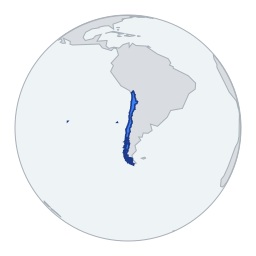 globe centered on Chile
{"feature_id": "CHL", "entity_name": "Chile", "entity_type": "country or territory", "adm_level": 0, "iso_a3": "CHL", "parent_name": "South America", "parent_adm1": "", "projection": "orthographic", "projection_center": [-72.304, -36.699], "detail": "fine", "context": "on_globe", "style": "filled", "palette": "blue", "viewbox_px": 256, "rotation_deg": 0, "n_neighbors": 0, "source": "natural_earth", "source_scale": "50m", "svg_char_len": 8938}
<svg xmlns="http://www.w3.org/2000/svg" viewBox="0 0 256 256"><circle cx="128" cy="128" r="113" fill="#eef3f6" stroke="#a8b0b8"/><path d="M116.9,15.9L118.7,15.8L120.5,15.6L120.2,15.6L129.4,15.4L138.6,15.9L147.7,17.1L143.3,16.5L135.4,15.8L129.6,16.1L137.3,16.0L138.6,16.6L140.5,16.9L142.7,17.1L143.7,17.0L145.0,17.4L137.9,17.3L136.6,17.0L138.9,16.9L135.2,16.7L130.4,17.2L131.4,17.7L123.1,18.7L123.8,19.2L122.3,19.9L121.8,18.9L122.5,20.8L112.9,24.2L113.7,29.2L108.7,25.7L104.3,26.0L99.1,27.1L99.1,27.8L92.1,28.9L85.6,32.3L83.1,37.4L85.3,40.5L93.1,38.6L95.5,35.9L101.3,34.3L97.0,41.2L107.1,40.5L106.0,45.9L108.9,48.4L113.9,47.1L119.2,48.1L123.0,44.6L129.1,42.8L129.2,47.3L132.5,43.2L135.9,45.5L148.0,46.2L147.1,47.1L157.3,54.0L168.2,58.7L170.8,63.0L169.5,65.1L173.2,66.7L173.3,68.3L188.2,75.7L195.6,83.1L195.2,89.1L188.8,93.8L182.4,108.4L170.6,110.5L167.3,117.1L157.5,126.3L150.4,124.1L152.1,130.4L147.9,133.3L143.2,133.0L142.1,137.2L138.6,137.0L140.8,140.1L134.9,145.5L136.3,150.6L131.9,155.4L133.0,158.5L131.4,158.3L129.7,159.4L129.5,161.2L124.8,158.3L123.7,151.4L125.6,148.0L123.5,147.5L127.4,139.2L125.1,140.8L126.0,128.9L129.4,119.6L132.0,95.2L129.6,90.7L121.0,85.9L110.6,71.5L113.4,65.5L111.1,63.1L118.5,55.0L116.6,48.7L113.9,48.0L111.3,50.6L102.4,47.9L99.3,44.0L72.6,45.0L70.0,44.2L70.3,41.4L63.4,38.2L65.5,43.1L62.4,43.3L60.3,42.2L62.0,40.8L61.2,38.8L58.8,39.9L60.0,38.2L67.3,33.1L74.9,28.7L82.8,24.8L91.1,21.6L99.5,19.0L108.1,17.1L116.9,15.9ZM113.0,31.3L124.5,33.6L117.9,34.3L119.2,33.6L116.3,32.6L110.9,32.0L105.1,33.4L113.0,31.3ZM118.3,27.7L116.3,27.6L118.3,27.4L118.3,27.7ZM132.6,164.6L125.2,159.3L129.4,161.6L132.4,159.0L136.2,163.1L132.6,164.6ZM141.4,158.2L144.8,157.2L145.6,158.2L143.4,159.1L141.4,158.2ZM227.7,180.3L225.9,183.7L226.1,182.8L223.9,185.9L222.2,187.0L220.5,186.3L221.2,179.3L223.9,175.9L228.2,166.5L235.3,147.1L237.9,142.2L239.0,136.3L239.3,119.3L239.4,113.9L238.8,109.8L238.0,107.6L236.9,102.7L236.2,100.8L229.2,92.1L225.4,84.4L216.9,67.4L216.9,64.3L214.0,58.8L213.2,54.3L218.2,60.5L222.7,67.0L226.8,73.8L230.3,80.9L233.4,88.2L235.9,95.7L237.9,103.4L239.4,111.2L240.3,119.0L240.6,126.9L240.4,134.9L239.7,142.8L238.4,150.6L236.5,158.3L234.1,165.8L231.2,173.2L227.7,180.3ZM216.4,58.2L217.4,59.6L216.4,58.2ZM148.4,46.1L149.9,47.2L147.9,47.0L148.4,46.1ZM117.0,35.9L119.4,35.8L120.7,36.3L118.8,36.6L117.0,35.9ZM137.7,35.7L140.5,36.3L137.6,36.4L137.7,35.7ZM126.4,34.0L135.4,35.5L129.7,36.5L124.0,35.7L127.9,35.3L126.4,34.0ZM117.1,29.6L118.6,29.7L118.2,30.3L117.1,29.6ZM119.8,27.6L119.2,27.7L118.4,27.3L119.8,27.6ZM139.0,16.6L139.6,16.7L141.9,16.9L140.8,16.9L139.0,16.6ZM151.7,18.1L153.5,18.7L151.5,18.1L150.4,18.1L144.8,17.0L147.8,17.1L147.4,17.2L151.7,18.1ZM138.2,16.0L141.4,16.4L137.8,16.0L138.2,16.0ZM174.6,230.5L172.3,231.5L173.7,230.8L174.6,230.5ZM51.3,209.2L50.9,208.1L54.2,210.8L58.2,214.2L61.2,217.2L51.3,209.2ZM48.5,206.5L45.6,203.7L43.6,202.3L45.0,203.0L43.8,200.7L50.3,207.3L48.5,206.5Z" fill="#d9dde1" stroke="#a8b0b8" stroke-width="1"/><path d="M131.5,92.6L132.4,92.3L132.7,91.9L132.6,91.4L133.2,91.0L133.6,91.9L134.0,92.1L134.2,93.8L135.1,94.7L134.7,95.2L134.9,95.7L134.5,95.9L134.5,96.5L135.0,97.0L134.9,97.5L135.5,98.3L136.0,101.2L137.2,101.2L137.6,101.6L136.9,103.5L135.3,104.1L134.7,104.8L135.0,105.5L134.6,106.1L134.9,107.5L134.5,108.1L135.0,109.1L134.0,109.4L133.4,110.9L132.6,111.8L132.3,113.2L131.9,113.6L132.0,115.1L132.2,115.3L132.0,115.6L131.6,115.6L131.4,116.9L131.0,117.1L130.9,118.0L131.4,118.7L131.2,119.0L131.8,120.6L131.6,121.2L132.1,121.3L132.0,123.2L131.7,123.3L131.1,125.0L130.8,125.2L131.0,125.7L131.0,126.8L130.0,127.7L129.7,128.3L129.8,130.1L130.2,131.6L130.1,132.0L129.4,132.4L129.2,133.7L128.9,133.8L129.0,134.5L128.7,134.8L128.9,135.1L128.5,136.0L128.6,137.7L128.8,138.5L128.3,138.9L128.2,139.5L128.3,140.5L128.8,140.8L128.6,141.0L128.9,142.2L128.7,143.1L129.5,143.2L129.6,143.4L129.5,143.8L128.3,143.8L128.4,144.1L129.0,144.2L129.3,144.7L129.1,145.3L128.8,145.4L128.9,146.1L128.6,146.5L128.8,147.5L128.5,147.8L128.5,148.5L127.9,149.1L127.7,149.8L128.0,150.5L127.6,151.1L127.6,151.6L127.1,152.0L126.9,152.6L126.5,152.6L126.4,153.1L126.5,154.2L126.9,155.3L127.7,155.1L128.0,155.2L128.0,156.4L127.9,156.9L128.4,157.7L130.8,157.8L132.6,158.4L131.7,158.2L131.2,158.7L129.8,159.2L129.5,161.1L129.2,161.3L128.2,160.8L127.9,160.3L128.4,160.1L128.6,160.4L128.5,160.6L128.7,160.1L129.2,159.7L129.3,159.3L129.1,159.2L128.0,159.9L127.7,160.5L127.1,160.1L127.5,159.2L127.8,159.3L128.2,159.0L128.9,158.9L127.5,158.7L127.0,159.8L126.4,159.3L126.9,159.1L127.0,158.7L126.5,159.0L126.0,159.0L125.9,158.5L125.6,158.0L126.2,158.2L126.3,157.9L126.8,158.0L127.4,157.6L127.7,158.1L127.5,158.4L127.7,158.2L127.6,157.7L127.8,157.4L127.7,157.2L126.9,156.7L127.6,157.3L126.5,157.8L126.2,157.4L125.7,157.1L126.0,157.0L126.0,156.3L124.9,156.0L124.5,155.3L125.0,155.2L124.9,154.9L125.1,154.6L125.4,154.9L125.7,155.5L126.1,155.7L126.4,155.2L126.3,154.9L125.9,155.5L125.6,155.1L125.6,154.9L125.9,154.9L125.1,154.3L125.4,153.9L125.9,153.9L125.4,153.5L125.5,153.2L126.0,153.2L125.7,152.8L125.9,152.1L125.6,153.0L125.4,152.8L125.4,151.2L125.8,151.0L125.2,151.0L125.0,150.1L126.6,150.4L126.3,150.1L126.1,149.4L125.8,150.0L125.5,150.0L124.9,149.5L125.0,149.3L125.4,149.5L125.6,149.3L125.1,149.0L125.5,148.5L125.3,147.8L125.0,148.0L124.4,147.7L124.4,147.2L123.6,147.6L123.8,148.1L123.4,147.7L124.4,146.6L124.2,146.0L125.5,145.8L125.5,145.3L125.7,145.1L125.9,145.1L125.7,146.3L125.2,146.7L125.7,146.5L125.8,145.9L126.0,145.9L126.1,146.4L125.8,147.3L126.2,146.0L126.0,145.6L126.0,145.2L126.7,144.9L127.1,145.1L126.4,144.7L126.5,144.5L127.5,143.5L127.5,143.2L126.6,142.7L126.7,142.1L126.9,142.0L127.0,141.6L126.9,141.0L127.3,140.4L127.2,139.7L127.3,139.4L127.5,139.4L127.3,138.9L127.5,138.8L127.8,139.2L127.7,138.4L127.2,138.2L127.9,137.7L128.0,137.4L127.6,137.8L127.0,137.5L126.6,138.0L125.9,137.9L126.1,137.6L125.7,137.3L125.5,136.4L125.9,134.4L126.3,134.1L126.6,133.0L126.1,131.6L126.2,130.6L125.9,130.0L125.9,129.3L126.0,129.0L126.6,128.9L126.7,128.0L127.5,126.2L127.5,125.8L128.1,124.8L128.5,123.0L129.0,122.0L128.9,120.9L129.4,120.1L129.0,116.1L129.1,115.5L129.5,115.1L129.7,114.2L129.3,112.8L129.9,111.7L130.9,107.8L130.8,106.7L131.3,105.7L131.1,104.5L131.4,102.4L131.1,101.8L131.6,101.1L132.1,98.5L132.0,95.1L131.5,92.6ZM132.4,159.0L132.1,163.2L131.2,163.2L130.9,162.9L130.0,163.0L128.5,162.6L128.6,162.3L129.4,162.3L129.7,162.1L129.8,162.4L130.3,162.5L129.7,161.7L129.7,161.3L129.9,161.2L130.1,160.8L130.2,161.5L129.9,161.5L130.0,161.8L130.4,162.2L130.9,162.1L131.5,162.6L131.7,162.3L130.7,161.7L130.5,161.3L130.6,161.0L131.5,160.5L130.3,160.4L130.2,159.8L130.6,159.5L130.3,159.2L130.8,159.3L131.5,158.7L131.7,159.0L132.4,159.0ZM125.9,141.1L125.0,140.8L125.3,140.2L125.5,138.0L126.2,138.2L126.4,138.8L126.2,139.0L126.3,139.3L125.8,139.6L126.4,140.2L125.9,140.7L125.9,141.1ZM125.1,151.6L125.3,153.4L125.1,154.0L124.9,154.0L124.7,153.4L124.9,152.9L124.6,153.1L124.5,153.7L123.9,153.6L123.9,153.3L124.1,153.3L124.2,153.0L124.0,152.8L124.4,152.6L124.3,152.3L124.6,152.0L124.6,151.5L125.1,151.6ZM130.7,163.2L132.3,163.4L132.4,163.5L132.1,163.7L132.5,163.9L132.7,164.7L131.8,164.3L131.8,163.9L131.5,163.7L131.3,164.0L131.5,164.3L131.2,164.2L130.6,163.7L130.7,163.2ZM126.0,142.9L125.6,143.5L126.0,144.8L125.5,144.9L125.5,144.7L124.8,143.6L124.9,143.3L125.5,143.1L125.6,142.6L126.0,142.9ZM126.7,160.4L127.3,160.7L127.8,160.7L128.1,161.1L127.9,161.5L127.3,161.7L127.2,161.6L127.5,161.2L127.1,161.2L127.1,161.5L126.8,161.0L126.2,160.7L126.7,160.4ZM128.4,161.3L129.5,161.7L129.5,162.0L129.3,162.2L129.0,161.9L128.4,162.1L128.1,161.6L128.4,161.3ZM133.9,163.8L133.5,164.1L133.4,163.8L132.7,163.9L132.5,163.4L133.7,163.5L133.9,163.8ZM125.1,151.2L124.6,151.3L124.1,150.2L124.7,149.8L125.1,151.2ZM124.3,151.3L123.7,151.6L123.6,151.3L123.8,150.8L123.7,150.3L123.9,150.2L124.3,151.3ZM127.0,143.8L126.5,143.8L126.4,143.6L126.7,143.0L127.3,143.3L127.0,143.8ZM124.9,157.1L125.0,157.4L125.3,157.7L125.1,158.3L124.9,158.3L124.6,157.4L124.9,157.1ZM125.1,159.2L126.4,159.8L127.0,160.3L125.7,159.8L125.1,159.2ZM125.4,145.5L124.7,145.6L125.2,144.6L125.4,145.5ZM129.0,163.2L129.7,163.3L130.1,163.2L130.3,163.6L130.1,163.7L129.0,163.2ZM124.4,151.7L124.0,152.4L123.7,152.4L123.9,152.2L123.8,151.8L124.4,151.7ZM124.8,154.3L124.3,154.7L124.1,154.6L124.2,154.0L124.8,154.2L124.8,154.3ZM125.2,156.4L125.2,156.6L124.6,156.6L124.4,157.1L124.5,156.4L125.2,156.4ZM124.5,154.9L124.1,155.4L124.1,154.9L124.5,154.9ZM126.1,143.9L125.9,143.6L125.9,143.4L126.1,143.5L126.1,143.9ZM125.8,157.5L125.5,157.6L125.4,157.2L125.8,157.5ZM124.5,149.7L124.1,149.7L124.5,149.6L124.5,149.7ZM133.5,164.6L133.5,165.0L133.2,164.8L133.5,164.6ZM125.9,142.0L125.7,142.2L125.4,142.1L125.9,142.0ZM133.3,165.1L132.9,165.1L133.3,165.1ZM134.5,163.9L134.4,164.1L134.5,163.9ZM67.7,121.3L67.5,121.5L67.5,121.3L67.7,121.3ZM117.4,122.4L117.1,122.4L117.3,122.2L117.4,122.4ZM124.6,141.6L124.4,141.6L124.5,141.5L124.6,141.6Z" fill="#3b82f6" stroke="#1e3a8a" stroke-width="1.5"/></svg>